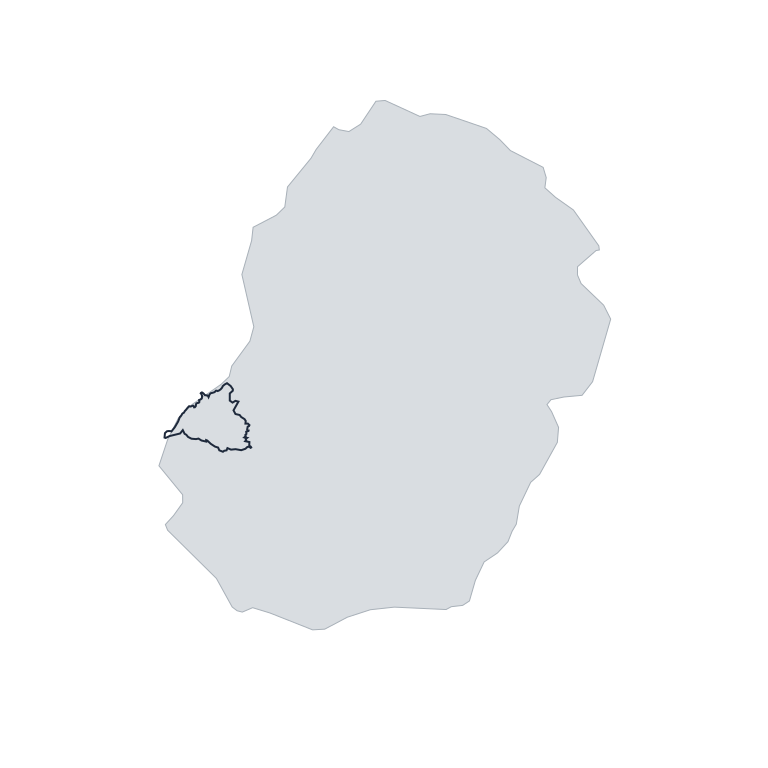 Gevgelija, Gevgelija, North Macedonia (highlighted), rotated 131°
{"feature_id": "65306769B17532316382540", "entity_name": "Gevgelija", "entity_type": "district", "adm_level": 2, "iso_a3": "MKD", "parent_name": "North Macedonia", "parent_adm1": "Gevgelija", "projection": "equal_earth", "projection_center": [22.386, 41.253], "detail": "fine", "context": "in_parent", "style": "outline", "palette": "slate", "viewbox_px": 768, "rotation_deg": 131, "n_neighbors": 0, "source": "geoboundaries", "source_scale": "gbopen_adm2", "svg_char_len": 3168}
<svg xmlns="http://www.w3.org/2000/svg" viewBox="0 0 768 768"><g transform="rotate(131 384 384)"><path d="M350.4,207.3L362.0,208.8L387.3,201.8L403.0,192.2L411.1,190.7L421.7,187.0L437.0,187.5L452.6,191.7L472.3,186.2L491.7,177.2L499.5,179.4L507.9,187.1L513.5,189.2L545.6,229.8L563.3,246.2L584.1,258.7L607.9,267.9L616.4,276.6L631.7,320.0L639.0,336.4L649.1,341.3L651.5,346.1L651.9,352.3L640.7,382.9L636.3,451.4L633.5,456.8L621.5,456.5L605.7,458.0L599.7,463.3L593.4,500.2L567.9,510.8L544.8,516.8L525.3,515.4L491.0,506.7L479.9,505.7L470.3,510.7L439.7,513.3L426.2,519.8L394.6,563.1L362.6,578.0L351.6,585.6L327.2,576.0L315.5,575.0L298.6,586.1L261.5,587.2L251.4,589.1L222.9,590.8L221.7,584.9L216.5,576.1L203.2,572.1L175.9,575.6L169.3,569.2L158.5,532.4L149.8,526.5L140.1,514.2L123.9,474.3L123.6,456.9L124.9,441.7L116.1,406.0L121.8,397.0L130.4,391.3L130.6,377.0L128.4,355.2L138.8,312.5L141.6,309.4L144.1,311.5L168.5,314.9L174.8,309.5L178.9,301.1L180.4,269.9L186.3,255.5L245.4,228.1L262.6,227.1L275.8,239.7L286.3,247.7L292.6,247.5L294.9,239.4L302.2,223.8L314.3,214.9L350.0,207.3L350.4,207.3Z" fill="#d9dde1" stroke="#a8b0b8" stroke-width="1"/><path d="M502.6,464.1L502.0,466.2L502.6,470.1L502.1,472.6L504.1,476.4L502.6,480.3L492.8,482.3L494.2,485.1L497.4,486.1L497.7,489.5L492.3,494.2L488.3,493.7L487.1,494.6L486.1,498.4L486.4,503.0L487.0,503.1L487.8,503.6L489.3,504.0L491.5,504.3L492.9,503.8L494.8,503.8L495.3,503.8L497.5,504.4L498.5,505.0L498.5,505.3L498.7,505.6L499.2,506.4L499.9,506.5L500.3,506.5L501.1,506.5L501.6,506.7L503.1,507.6L504.6,508.7L505.6,508.8L506.7,508.7L507.3,508.4L508.1,508.1L509.0,507.8L508.6,508.7L508.5,509.8L508.6,510.0L508.8,510.2L509.1,510.4L509.6,511.5L509.9,512.0L509.9,512.8L509.6,513.5L509.6,514.6L509.8,515.9L510.9,516.3L511.3,516.2L511.3,515.9L511.3,515.6L512.2,513.6L514.0,512.3L514.5,512.0L515.0,512.1L516.1,512.3L517.2,512.8L517.5,513.0L518.0,512.4L518.5,511.7L518.8,511.5L519.4,511.5L519.7,511.5L520.9,512.4L521.8,512.9L523.4,512.2L523.6,511.9L524.3,511.5L525.7,511.5L526.1,511.9L526.2,512.0L525.7,512.7L525.6,513.4L525.5,513.7L525.7,514.0L526.4,514.4L527.1,514.7L527.3,514.8L528.1,515.4L528.3,516.0L528.6,516.5L529.6,516.6L531.9,516.6L533.1,516.5L535.0,516.6L535.7,516.5L536.3,516.3L537.0,516.2L538.2,516.7L539.2,516.7L540.2,516.4L542.1,516.2L542.4,516.4L543.8,516.1L545.6,515.4L547.6,514.7L549.8,514.3L553.5,513.6L553.9,513.6L554.2,513.5L557.0,513.4L559.2,513.3L559.4,513.9L560.8,515.7L561.8,516.6L562.1,516.8L564.0,517.0L564.6,517.1L564.9,517.0L568.4,514.5L568.0,513.4L564.0,511.7L555.1,505.4L550.8,505.6L552.4,501.8L552.0,499.9L552.5,497.2L551.6,493.4L548.9,489.7L546.9,488.2L546.4,484.7L544.1,480.4L543.0,481.4L542.6,480.3L542.8,475.5L542.1,470.4L540.8,467.5L542.1,464.8L540.8,461.1L539.2,460.8L537.4,459.3L535.1,460.1L533.9,456.4L530.6,453.3L527.6,448.3L523.8,446.1L521.1,445.8L519.8,444.6L519.7,442.8L519.0,442.6L518.7,443.4L518.9,445.3L516.1,447.5L518.2,451.2L516.8,451.2L516.2,452.4L514.5,452.0L515.9,454.4L514.0,454.2L513.5,455.2L511.9,455.1L510.4,456.7L508.4,455.5L508.0,455.7L508.6,456.5L508.2,457.4L505.6,458.9L504.3,458.3L503.3,458.6L503.2,460.8L504.8,462.6L502.6,464.1Z" fill="none" stroke="#1e293b" stroke-width="2"/></g></svg>